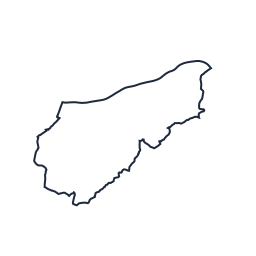 Pojejena, Caras-Severin, Romania (Mercator projection), rotated 155°
{"feature_id": "2599482B98015240741621", "entity_name": "Pojejena", "entity_type": "district", "adm_level": 2, "iso_a3": "ROU", "parent_name": "Romania", "parent_adm1": "Caras-Severin", "projection": "mercator", "projection_center": [21.532, 44.807], "detail": "fine", "context": "isolated", "style": "outline", "palette": "slate", "viewbox_px": 256, "rotation_deg": 155, "n_neighbors": 0, "source": "geoboundaries", "source_scale": "gbopen_adm2", "svg_char_len": 4788}
<svg xmlns="http://www.w3.org/2000/svg" viewBox="0 0 256 256"><g transform="rotate(155 128 128)"><path d="M228.5,109.7L227.7,108.9L226.3,106.5L224.5,104.6L223.6,103.4L222.8,103.1L222.4,102.6L221.9,102.1L221.4,101.6L220.9,101.1L220.4,100.2L219.9,99.3L219.4,98.5L218.9,97.6L214.1,96.7L212.7,96.1L212.2,95.3L211.7,94.5L211.1,93.7L210.6,92.9L210.4,91.8L210.0,91.3L208.1,92.1L206.7,92.3L205.3,92.0L204.3,92.6L204.0,91.9L204.3,90.0L205.8,88.4L206.2,87.9L207.0,86.9L207.8,85.9L209.4,83.8L209.6,83.5L209.8,82.4L208.0,80.4L207.1,79.6L204.2,80.4L201.2,79.6L198.0,78.3L196.8,77.2L195.7,76.9L194.4,77.6L193.3,78.8L191.6,79.5L190.4,79.5L189.3,79.5L188.1,79.5L187.0,79.6L186.9,80.4L185.6,81.6L184.9,82.7L183.7,82.9L181.0,82.5L179.7,83.4L176.9,83.6L176.3,83.8L175.7,84.0L175.1,84.3L174.5,84.6L173.6,84.5L172.7,85.4L171.8,85.7L170.7,85.4L169.4,86.1L168.6,86.4L168.2,86.1L167.7,85.9L167.2,85.7L166.8,85.5L166.2,85.7L165.6,85.7L165.0,85.7L164.4,85.7L163.5,85.9L162.9,86.9L162.6,87.2L162.2,87.6L161.8,88.0L161.5,88.4L159.1,87.9L157.8,87.5L156.5,87.9L156.3,88.7L156.1,89.6L155.8,90.4L155.4,91.2L154.3,91.3L153.1,90.4L152.4,90.5L151.9,91.0L151.5,91.4L151.0,91.8L150.5,92.1L149.0,92.2L148.6,91.9L148.2,91.6L147.8,91.3L147.5,91.0L147.1,90.6L146.8,90.3L146.5,89.9L146.2,89.5L145.1,88.8L144.5,89.7L143.3,91.9L142.3,92.5L141.2,93.1L140.2,93.7L139.1,94.2L137.2,94.6L136.1,95.3L134.8,97.5L133.6,97.9L131.9,98.4L130.7,99.1L129.8,99.7L129.6,100.5L128.6,100.8L128.0,101.9L126.6,102.4L126.0,103.4L125.9,104.9L125.7,105.4L125.1,106.7L124.6,107.9L123.9,109.2L123.2,110.4L122.9,111.4L122.2,110.9L120.6,110.9L119.6,111.5L118.7,110.9L119.3,109.1L118.6,107.2L117.0,104.8L116.3,103.5L115.6,101.4L115.2,101.1L114.9,100.8L114.5,100.4L114.1,100.1L113.8,99.8L113.5,99.4L113.2,99.0L112.9,98.6L112.2,98.6L108.2,99.1L105.4,99.9L105.4,101.7L105.2,102.7L104.2,102.5L103.4,101.9L102.9,102.2L102.5,102.4L102.0,102.5L101.5,102.6L100.4,102.3L98.5,103.5L97.9,103.7L97.3,103.9L96.7,104.2L96.2,104.4L93.9,104.9L92.0,106.4L91.2,108.1L90.7,110.3L91.6,110.8L91.9,111.2L91.0,111.4L89.2,111.1L86.2,112.1L84.8,112.1L83.6,112.7L82.6,112.2L81.6,111.7L80.5,111.3L79.4,110.9L78.4,109.8L77.6,109.4L76.9,109.5L76.1,109.6L75.3,109.6L74.5,109.6L71.3,110.4L69.9,109.8L69.5,110.0L69.0,110.1L68.4,110.2L67.9,110.3L67.7,110.3L64.8,109.9L62.6,109.9L60.9,109.1L59.2,107.4L59.1,108.1L58.9,108.8L58.6,109.5L58.3,110.2L57.3,111.3L55.4,111.5L54.8,111.5L54.2,111.5L53.6,111.4L53.0,111.3L52.4,111.1L51.6,111.5L51.3,112.1L51.6,113.0L52.4,113.4L53.3,113.9L54.0,114.4L54.8,114.9L55.1,116.1L53.4,119.6L52.6,120.6L50.5,122.2L48.4,123.2L47.7,124.2L47.0,125.2L46.3,126.2L45.7,127.2L44.5,128.7L44.3,129.8L44.5,130.6L44.8,131.2L45.1,131.9L45.4,132.6L44.8,133.6L44.2,134.7L43.6,135.7L43.0,136.8L42.7,138.0L42.3,139.2L42.0,140.5L41.7,141.7L40.6,143.0L40.3,143.7L39.7,144.3L39.1,144.6L38.9,144.8L38.3,144.9L37.7,145.1L37.4,145.0L36.8,145.0L36.6,145.1L36.4,145.2L35.8,145.5L35.4,145.6L35.1,145.7L34.7,145.8L34.3,145.8L33.9,146.1L33.7,146.0L33.1,146.0L32.5,146.2L32.4,146.3L32.2,146.4L31.9,146.4L31.4,146.5L27.5,147.1L27.9,148.7L28.7,151.3L29.6,153.2L30.7,154.7L32.0,156.2L34.8,158.4L35.9,159.0L38.0,159.9L39.9,160.5L43.7,161.7L46.6,162.5L49.7,163.1L51.1,163.2L54.0,163.3L57.3,162.6L59.5,161.7L60.7,161.4L62.0,161.1L62.4,161.2L64.2,161.2L66.7,161.5L67.4,161.5L70.2,161.3L71.0,161.2L73.5,160.6L76.7,159.8L78.5,159.5L80.4,159.5L83.2,159.7L86.0,160.2L89.0,160.9L91.8,161.6L97.0,162.6L98.4,162.9L101.6,163.2L103.3,163.4L105.6,163.8L108.2,164.4L109.4,164.8L110.3,165.0L113.7,165.6L117.9,165.4L120.0,165.1L123.9,164.8L129.2,164.1L133.8,163.7L135.3,163.7L136.8,163.8L138.3,164.0L140.7,164.6L150.8,167.5L151.7,167.7L152.5,167.9L153.9,168.2L155.7,168.8L156.3,169.1L158.8,170.0L162.6,172.2L165.0,173.7L166.6,174.4L169.9,175.8L173.3,177.1L175.2,178.1L175.4,178.3L176.5,179.1L181.6,174.0L183.0,172.5L184.6,171.0L185.2,170.4L186.0,169.6L187.0,168.8L187.3,168.6L187.0,167.9L187.5,167.6L187.3,167.2L187.2,167.2L185.9,165.9L186.6,165.6L190.7,163.9L192.2,163.5L192.3,163.5L192.8,163.3L193.3,163.0L193.7,162.9L193.8,162.9L195.8,161.9L196.8,161.9L197.2,161.7L197.6,161.5L198.0,161.3L198.3,161.0L198.7,160.7L200.1,160.7L200.5,160.4L200.8,160.1L201.4,160.8L201.8,160.9L202.3,161.0L202.7,161.1L203.2,161.2L203.0,160.0L210.8,158.7L211.4,159.0L213.8,158.2L213.5,156.9L214.2,156.2L214.9,155.4L215.5,154.5L216.1,153.7L216.4,152.2L216.7,150.8L217.1,149.3L217.5,147.8L218.4,147.5L219.0,146.6L220.9,145.7L222.1,144.5L225.8,139.6L227.0,137.6L226.8,136.1L226.3,134.0L225.3,132.3L223.9,131.3L223.3,131.1L222.6,130.8L222.0,130.4L221.5,130.0L221.0,129.3L220.5,128.5L220.1,127.7L219.7,126.9L219.5,125.0L219.9,124.2L220.8,123.7L221.2,122.6L223.1,120.4L223.4,119.6L223.7,118.7L224.1,117.9L224.4,117.1L225.1,115.8L225.8,114.6L226.5,113.5L227.2,112.3L228.5,109.7Z" fill="none" stroke="#1e293b" stroke-width="2"/></g></svg>